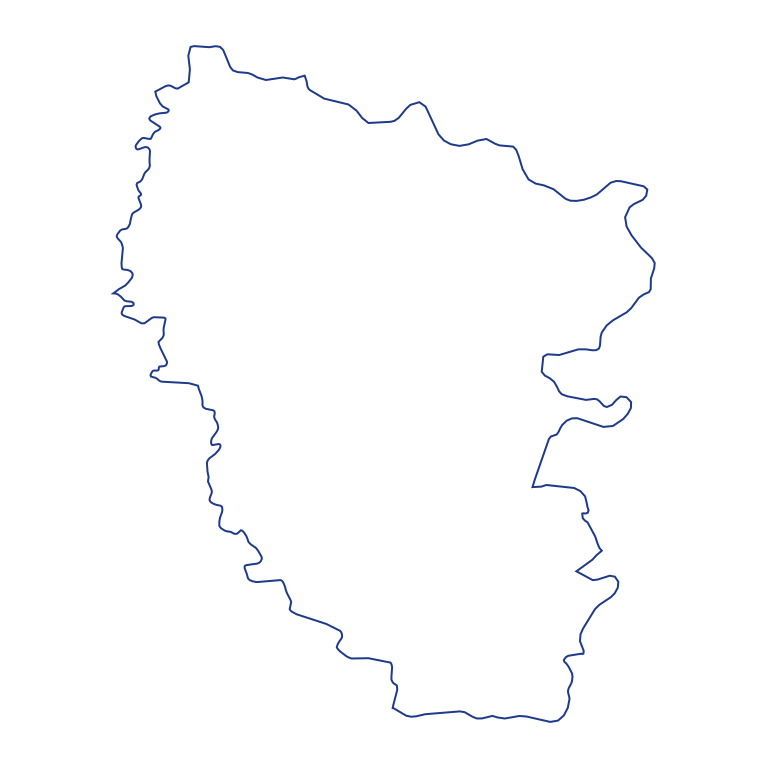 SVG path tracing the border of Luhans'k
{"feature_id": "UKR-329", "entity_name": "Luhans'k", "entity_type": "Region", "adm_level": 1, "iso_a3": "UKR", "parent_name": "Ukraine", "parent_adm1": "", "projection": "equal_earth", "projection_center": [38.683, 48.937], "detail": "fine", "context": "isolated", "style": "outline", "palette": "blue", "viewbox_px": 768, "rotation_deg": 0, "n_neighbors": 0, "source": "natural_earth", "source_scale": "10m", "svg_char_len": 6091}
<svg xmlns="http://www.w3.org/2000/svg" viewBox="0 0 768 768"><path d="M194.3,46.1L209.2,47.2L215.6,46.2L219.9,46.8L223.2,50.0L230.2,67.0L232.9,70.4L237.7,72.1L247.9,73.0L252.0,74.4L257.4,77.5L265.9,80.0L282.8,77.5L294.3,79.3L296.5,78.5L298.5,77.4L304.2,75.8L304.8,75.0L304.7,75.7L306.7,81.6L307.4,86.3L308.6,88.9L310.1,90.2L324.2,98.6L348.5,104.5L356.5,110.6L362.1,117.9L368.4,123.0L390.5,121.8L394.4,120.9L398.9,117.7L406.2,108.7L410.3,104.9L419.3,102.2L425.6,106.6L438.5,134.4L443.9,140.5L450.7,144.2L459.5,145.9L468.7,144.3L477.7,140.6L486.5,139.0L495.0,143.7L499.5,145.4L513.1,146.6L516.2,149.8L518.8,156.5L522.6,169.2L528.6,179.5L535.7,183.6L544.0,185.4L553.5,189.2L565.7,198.9L570.4,200.7L576.8,200.9L584.0,199.7L590.9,197.4L596.8,194.5L610.6,182.7L616.2,181.0L620.8,181.2L643.7,186.3L647.3,189.5L646.2,195.7L642.7,199.8L633.7,204.2L629.6,207.4L625.1,217.2L626.6,226.6L631.6,235.4L640.9,247.5L652.0,258.2L654.7,263.0L654.2,268.3L650.9,278.4L650.7,289.2L649.0,292.1L643.4,294.6L638.9,297.7L631.2,308.1L626.7,312.3L613.0,320.3L606.6,325.5L601.7,332.7L600.6,336.9L600.0,345.4L599.0,348.5L596.3,350.1L592.6,350.3L585.7,349.3L578.5,349.3L559.2,355.0L547.3,354.3L543.3,356.7L541.7,371.8L544.9,375.6L549.7,378.2L554.0,381.7L557.2,387.2L559.1,391.3L561.7,394.2L567.3,396.3L586.0,399.9L594.1,398.9L596.9,399.3L599.4,401.1L603.9,406.0L606.9,407.0L612.0,404.8L616.1,400.2L620.5,396.5L626.5,397.2L631.1,402.1L630.9,408.0L627.7,413.9L623.2,419.0L612.9,426.0L603.4,426.9L577.3,418.2L571.9,418.4L566.8,420.6L562.1,425.1L560.2,428.4L558.6,431.8L556.7,434.5L550.9,436.5L548.9,439.0L534.8,479.6L532.5,487.1L541.5,486.6L546.2,485.0L574.2,488.0L580.4,491.1L585.1,496.4L587.0,504.2L587.3,506.4L588.6,510.3L587.7,512.8L585.5,513.5L583.3,513.3L582.2,513.6L582.8,518.3L585.1,520.7L587.6,522.4L595.1,536.3L597.7,544.0L599.5,548.1L601.8,550.7L596.5,555.2L592.4,559.7L576.4,571.3L592.7,580.1L597.5,579.6L609.8,575.7L614.9,576.7L618.3,581.8L617.8,587.7L614.7,593.3L610.7,597.3L599.5,604.7L595.0,609.1L583.2,628.3L580.5,634.3L580.0,641.3L583.7,650.8L583.4,653.6L582.7,654.0L581.2,653.7L568.2,655.8L565.7,657.3L563.8,660.1L564.3,661.7L566.2,663.4L568.6,666.7L572.0,673.4L572.5,676.4L572.0,681.1L571.2,683.5L568.7,688.2L568.0,690.8L568.2,693.0L569.3,697.2L569.5,699.1L567.8,707.8L563.9,715.4L558.0,720.6L550.2,721.9L526.4,716.5L519.2,716.0L504.8,718.5L497.8,717.5L492.4,715.9L482.2,718.4L476.9,718.5L472.6,716.8L464.7,712.2L459.9,711.4L425.3,714.2L415.7,716.4L411.0,716.7L406.2,715.7L393.4,708.1L392.7,708.1L393.2,705.4L397.3,689.7L396.8,685.4L393.6,683.3L392.6,682.1L391.5,679.9L391.4,677.2L392.1,667.1L391.5,664.3L390.5,662.6L368.4,658.2L351.5,658.5L349.2,657.7L346.2,656.1L340.3,651.6L338.0,649.3L336.8,647.4L337.4,645.0L337.9,643.9L339.1,641.7L341.2,638.9L341.8,637.6L342.1,636.0L341.7,633.3L341.0,631.9L340.0,630.8L326.4,624.0L296.7,614.3L291.7,611.6L290.3,610.3L289.7,609.1L291.2,601.9L290.5,600.0L286.8,592.8L285.8,589.9L285.0,586.8L283.9,583.9L282.6,581.5L281.5,580.5L280.3,580.1L256.7,582.1L253.0,581.4L249.9,580.2L248.6,579.1L247.9,578.1L246.8,574.0L244.7,568.4L244.6,566.4L245.1,565.7L246.5,565.1L257.2,563.6L259.1,562.8L260.7,561.3L261.7,559.3L261.8,557.7L261.3,556.3L258.1,550.7L255.8,547.8L250.8,544.4L248.5,542.0L247.3,538.4L246.4,536.2L243.8,532.2L242.2,530.7L240.8,530.3L237.6,533.3L236.6,533.8L235.3,533.9L233.9,533.6L230.8,531.9L226.4,531.2L224.4,530.4L221.2,528.4L220.0,527.0L219.3,525.7L219.3,523.4L219.4,521.1L220.1,517.4L222.0,512.2L222.4,509.9L222.1,507.1L221.3,506.2L220.1,505.6L216.5,504.9L213.5,503.8L211.0,502.3L210.0,501.1L209.5,499.9L209.9,497.6L211.8,492.7L211.8,491.1L211.3,489.2L208.0,481.5L208.6,476.9L207.5,471.5L206.9,462.8L207.6,460.7L208.5,459.3L209.9,457.9L215.2,453.9L219.0,449.7L220.3,447.2L220.5,445.4L219.9,444.4L218.8,444.0L213.0,445.0L211.8,444.8L211.1,443.1L211.2,440.6L211.9,438.3L216.7,431.7L217.8,429.5L218.2,428.0L218.0,425.9L217.1,422.7L215.0,419.4L214.2,417.4L214.2,415.8L214.6,414.4L214.7,412.3L214.3,411.1L213.2,410.3L205.8,408.8L203.8,407.6L202.9,406.6L202.5,405.4L202.5,401.0L202.2,398.9L201.5,395.9L198.8,388.9L198.0,385.7L188.9,383.2L162.3,381.7L160.7,381.4L159.2,380.6L157.0,378.7L155.4,377.8L151.1,376.6L150.6,375.7L150.7,374.5L151.8,372.2L152.5,371.3L153.3,370.7L154.5,370.5L157.3,370.6L158.3,370.2L158.7,369.4L158.9,367.4L159.3,366.6L164.1,366.1L165.2,365.7L166.1,365.1L166.9,363.4L167.0,361.7L160.3,347.9L158.9,344.3L158.5,341.9L162.4,337.9L163.5,335.7L163.8,334.4L163.5,330.1L163.7,327.7L165.4,320.0L165.5,318.5L164.6,317.9L163.5,317.6L153.8,317.2L151.7,318.0L144.6,323.2L142.2,323.4L141.0,323.1L134.6,319.5L124.4,316.0L122.4,314.8L121.7,313.6L121.7,312.4L123.5,307.6L124.2,306.7L125.2,306.2L131.6,306.0L132.8,305.5L133.6,304.8L133.5,303.0L132.5,302.3L131.2,301.7L126.9,301.3L124.4,300.5L120.9,296.7L118.2,294.6L116.0,293.6L113.3,293.4L119.0,289.1L125.3,285.5L128.3,282.4L131.9,277.8L132.6,275.7L132.7,274.1L132.3,273.2L131.0,271.6L130.1,270.9L127.6,270.0L123.5,269.5L122.3,269.1L121.7,266.9L121.5,263.2L122.9,248.1L122.5,246.1L121.2,242.3L117.4,238.0L116.7,236.3L117.0,235.2L117.5,234.1L120.3,230.4L122.3,229.4L125.9,228.8L127.2,228.3L128.4,226.8L129.9,223.9L130.8,219.0L132.0,214.5L132.7,213.4L133.6,212.6L138.5,209.8L139.6,208.9L140.9,207.3L141.2,206.1L140.8,204.0L138.5,198.1L138.6,196.6L140.7,195.2L141.1,194.3L140.9,193.5L138.4,190.3L136.9,186.1L136.6,184.5L137.2,183.0L140.0,181.7L141.1,180.7L142.2,179.2L144.3,173.9L145.1,172.5L148.0,169.7L149.2,168.0L149.9,165.5L149.6,163.1L149.5,159.5L150.0,151.2L149.7,150.0L149.3,149.1L148.1,147.7L147.0,147.2L145.7,147.1L144.5,147.2L138.2,149.4L137.1,149.3L136.2,148.6L135.6,147.0L135.7,145.7L136.2,144.7L139.1,140.9L141.5,138.6L142.4,138.1L143.7,137.9L149.3,139.0L150.9,138.7L153.0,134.2L154.4,132.4L155.2,131.7L158.3,130.2L160.3,128.5L160.4,127.6L159.9,126.8L150.2,120.4L149.3,118.8L149.8,117.3L151.1,116.1L155.2,114.4L159.8,113.3L166.3,112.7L167.4,112.2L168.5,111.2L168.7,110.3L168.3,109.4L162.8,106.5L160.0,103.4L156.3,96.1L155.3,91.6L165.5,86.2L168.4,85.4L171.0,85.9L175.2,88.2L177.7,88.6L188.7,82.3L189.9,69.4L188.3,55.7L190.6,46.9L194.3,46.1Z" fill="none" stroke="#1e3a8a" stroke-width="2"/></svg>